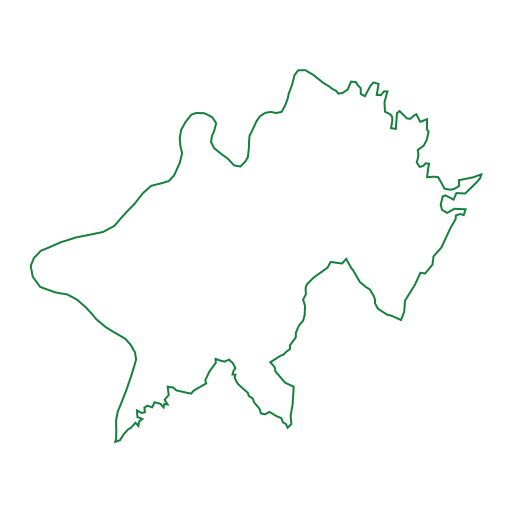 outline of Garruchos, Rio Grande do Sul, Brazil
{"feature_id": "56859067B12655775892146", "entity_name": "Garruchos", "entity_type": "district", "adm_level": 2, "iso_a3": "BRA", "parent_name": "Brazil", "parent_adm1": "Rio Grande do Sul", "projection": "robinson", "projection_center": [-55.522, -28.246], "detail": "fine", "context": "isolated", "style": "outline", "palette": "green", "viewbox_px": 512, "rotation_deg": 0, "n_neighbors": 0, "source": "geoboundaries", "source_scale": "gbopen_adm2", "svg_char_len": 3390}
<svg xmlns="http://www.w3.org/2000/svg" viewBox="0 0 512 512"><path d="M351.1,81.6L347.6,89.6L342.6,93.0L338.3,93.6L336.3,91.0L332.4,88.9L328.4,85.9L323.0,82.7L313.6,75.1L305.3,70.2L301.9,70.2L298.1,70.4L294.5,75.1L293.3,79.9L292.0,85.0L290.0,90.3L288.8,93.4L287.6,98.9L284.8,106.1L281.6,111.9L276.2,113.0L270.8,111.9L265.4,112.8L260.0,116.2L256.5,121.3L253.1,128.6L251.2,132.5L249.5,135.8L249.0,142.6L248.9,147.8L247.9,157.1L245.2,161.7L240.3,166.5L234.1,165.4L227.4,158.3L222.0,154.5L214.3,148.3L211.0,142.1L211.9,136.1L214.2,130.8L216.2,123.2L212.2,117.2L207.5,114.7L204.1,113.2L196.1,113.0L191.4,114.6L185.6,121.9L181.2,129.8L179.7,137.9L180.4,145.9L182.1,153.3L179.8,162.7L174.1,175.4L168.7,181.1L161.3,183.3L151.1,185.8L142.6,193.5L134.6,203.8L127.6,210.9L121.2,217.9L114.3,226.0L111.2,227.6L102.9,232.0L90.4,234.6L75.7,237.5L60.7,242.3L48.5,247.7L40.9,250.7L34.0,257.9L30.7,265.9L32.7,276.6L40.0,286.8L43.1,288.0L55.4,292.4L59.5,293.2L67.2,294.4L74.0,298.0L77.3,299.9L85.5,307.0L91.8,313.8L96.2,319.1L105.7,327.1L112.7,331.5L119.6,335.4L125.8,339.2L131.1,345.5L135.0,352.5L136.1,359.4L134.6,364.9L131.0,376.6L125.9,391.3L120.9,404.0L117.8,411.4L116.1,420.0L116.1,424.0L116.3,429.5L116.1,438.8L115.3,441.8L119.9,440.3L123.5,434.5L127.9,429.6L131.0,427.7L135.5,422.7L138.4,425.9L139.2,421.4L142.3,419.0L137.4,417.0L137.0,410.5L141.4,412.9L144.9,412.3L144.4,407.6L147.4,405.7L152.2,407.3L154.5,402.3L160.4,403.8L163.6,407.4L164.3,404.0L167.6,404.4L164.6,399.9L168.7,395.0L167.7,386.7L173.4,387.6L176.4,390.4L186.5,392.7L191.1,393.6L194.0,390.4L196.7,388.9L202.2,385.7L206.2,383.4L205.2,380.3L207.0,376.6L209.6,371.2L215.8,362.8L215.6,358.9L220.0,360.5L224.5,361.6L229.0,359.6L232.9,363.2L235.4,368.2L233.6,370.7L232.5,374.5L235.4,374.7L234.6,377.6L236.1,380.9L238.1,384.1L242.0,387.7L247.9,392.9L248.8,396.0L252.6,398.4L254.3,402.7L256.8,405.5L259.6,409.0L260.9,413.4L265.0,414.3L269.4,411.9L276.6,416.2L281.3,418.2L282.9,422.2L286.0,424.2L287.6,427.7L291.4,424.1L290.6,415.8L292.6,404.3L293.7,386.7L285.1,382.7L275.4,371.4L274.7,367.2L270.3,362.3L280.2,355.9L283.6,354.6L286.3,351.7L290.1,349.0L290.0,345.2L295.8,337.3L295.9,332.7L298.8,325.8L303.1,320.7L304.7,314.8L305.0,305.9L303.1,299.5L305.9,294.2L305.6,287.7L306.8,284.5L313.8,277.4L327.5,267.7L330.6,262.0L342.1,263.5L346.2,258.9L351.1,267.8L353.1,270.3L359.8,281.9L365.5,286.7L370.0,289.6L373.9,296.3L375.1,299.9L375.0,303.3L378.0,308.8L387.0,314.6L391.4,315.7L401.0,320.0L404.2,311.8L405.0,300.7L415.0,284.6L420.4,272.8L425.1,273.5L432.5,264.6L433.5,256.4L441.4,247.5L450.2,228.6L455.7,218.9L455.8,215.5L460.1,214.0L463.7,215.1L465.6,209.3L454.3,208.8L447.2,212.9L442.0,209.9L440.7,204.7L442.8,196.3L445.7,195.4L453.5,199.6L456.4,193.1L465.2,193.5L477.2,181.7L480.1,178.1L481.3,174.4L472.8,177.4L458.9,180.2L459.1,186.0L453.9,189.1L450.0,189.7L444.6,188.7L438.2,177.2L433.7,176.7L427.1,177.2L428.0,169.4L429.1,163.7L425.5,163.4L423.4,165.8L419.8,167.0L416.7,162.3L417.6,159.4L418.4,154.5L417.7,150.0L423.7,145.7L426.8,139.7L428.6,131.8L426.9,129.3L427.1,119.2L420.2,121.8L416.4,114.3L413.8,115.7L410.4,118.8L406.9,118.4L399.6,111.1L397.0,113.2L395.8,128.9L391.0,128.1L392.3,120.8L392.2,117.0L390.3,114.3L385.0,111.7L384.5,102.1L387.4,91.5L384.1,91.3L380.8,95.2L376.7,94.9L378.6,83.9L373.4,82.5L370.4,85.8L364.9,96.2L360.8,94.1L360.7,88.1L357.8,85.4L355.9,82.1L351.1,81.6Z" fill="none" stroke="#15803d" stroke-width="2"/></svg>